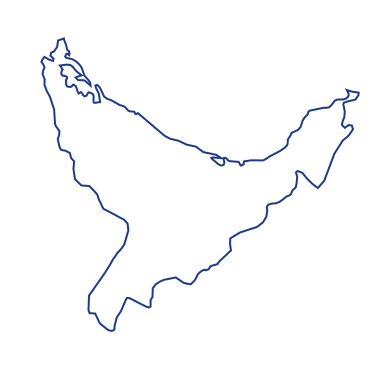 the Regional Council of Bay of Plenty, rotated 4°
{"feature_id": "NZL-3399", "entity_name": "Bay of Plenty", "entity_type": "Regional Council", "adm_level": 1, "iso_a3": "NZL", "parent_name": "New Zealand", "parent_adm1": "", "projection": "albers", "projection_center": [176.715, -38.184], "detail": "fine", "context": "isolated", "style": "outline", "palette": "blue", "viewbox_px": 384, "rotation_deg": 4, "n_neighbors": 0, "source": "natural_earth", "source_scale": "10m", "svg_char_len": 3746}
<svg xmlns="http://www.w3.org/2000/svg" viewBox="0 0 384 384"><g transform="rotate(4 192 192)"><path d="M53.5,47.8L53.9,49.4L56.5,54.9L57.1,57.5L57.5,58.7L59.5,60.3L60.1,61.7L60.0,64.1L59.3,63.7L58.3,62.7L57.1,63.0L56.0,65.7L57.3,66.9L63.0,67.8L65.4,68.8L67.9,70.3L70.3,72.3L72.2,74.3L73.7,76.6L75.9,81.9L77.1,84.0L81.1,87.8L82.8,90.0L83.4,93.0L78.3,89.1L76.7,88.2L74.5,88.1L72.4,88.4L70.3,88.1L67.9,85.9L69.4,85.1L73.8,83.4L68.8,80.0L66.5,77.8L64.5,75.6L61.8,73.8L58.1,73.7L51.5,75.0L52.4,76.1L53.7,78.0L54.4,78.7L53.9,79.7L53.5,81.0L53.3,82.3L53.5,83.6L54.5,84.9L55.3,85.1L56.0,84.8L56.4,84.8L57.2,85.3L58.7,85.6L59.2,85.9L59.5,86.9L59.2,88.0L58.6,88.9L58.4,89.6L59.1,93.5L59.3,94.4L60.0,95.2L60.7,95.6L63.2,95.7L64.3,95.3L65.1,94.4L65.6,93.5L66.1,93.1L68.6,94.4L69.7,96.5L70.6,99.1L72.0,101.7L74.1,100.1L75.5,101.2L76.7,103.0L78.2,104.1L80.2,103.1L80.9,101.3L81.8,99.8L84.5,100.3L86.4,101.5L87.2,103.1L87.3,105.2L87.3,108.2L88.0,109.8L89.8,109.7L92.0,109.1L94.1,108.8L92.1,100.2L89.0,95.0L88.2,92.5L90.1,91.8L92.8,94.2L97.8,103.1L101.3,105.1L105.1,106.1L113.6,110.2L117.6,111.1L119.2,111.9L122.6,115.2L124.4,115.9L128.6,115.9L129.2,116.6L129.8,117.8L130.8,118.3L132.5,117.1L160.4,137.6L166.1,140.3L174.9,141.8L183.3,145.1L192.8,146.5L200.5,151.4L213.5,153.2L218.7,156.2L210.5,156.1L209.0,156.6L209.8,157.7L216.2,162.3L218.0,163.2L220.1,163.5L221.8,162.6L222.2,160.5L221.6,158.0L220.6,156.2L223.0,155.6L224.3,156.4L225.5,157.7L227.3,158.6L236.4,158.7L236.7,159.0L238.3,161.7L239.1,162.3L239.7,162.0L240.3,161.4L241.2,161.1L241.7,160.6L241.6,159.3L241.6,158.0L242.6,157.5L244.2,157.4L248.3,156.3L260.9,155.5L264.2,153.4L266.8,151.2L277.6,144.5L281.9,140.9L283.4,139.0L284.0,137.4L284.0,132.9L286.4,128.6L286.8,126.8L287.7,125.8L293.6,122.6L295.8,119.5L297.4,113.1L299.0,110.0L301.2,107.5L302.1,106.0L302.5,103.9L303.5,102.7L317.5,98.8L320.4,98.6L322.9,97.9L324.8,95.9L328.2,90.9L330.3,89.7L336.6,89.1L339.2,88.0L341.1,86.0L341.6,84.3L341.0,82.3L339.3,79.5L344.9,80.8L351.3,81.2L351.2,84.1L348.4,88.5L340.3,91.0L337.2,92.4L336.8,94.5L337.5,96.1L338.8,101.2L338.7,107.0L337.4,110.6L336.8,114.6L340.0,117.3L343.6,114.3L346.9,114.6L348.2,118.3L344.2,125.0L338.8,130.1L331.4,143.8L323.1,171.6L317.3,179.2L311.4,175.4L305.9,170.7L300.7,165.2L295.9,163.7L294.3,165.2L295.9,169.4L295.7,176.2L295.1,180.2L292.1,183.4L291.4,185.6L290.6,187.7L288.6,189.1L286.5,189.9L283.3,193.1L279.9,195.8L276.2,197.5L272.4,198.0L268.8,199.4L267.6,202.1L268.4,205.4L267.8,211.7L264.9,217.3L259.6,222.2L242.8,229.0L233.4,235.6L233.6,241.4L234.9,247.6L224.7,258.7L223.4,260.3L222.4,262.2L215.8,264.6L213.9,267.9L211.2,269.2L210.2,268.6L208.5,269.2L205.7,271.3L203.4,273.9L202.4,276.7L201.3,279.1L199.5,281.6L197.2,284.1L193.6,283.9L189.8,283.1L181.8,278.4L170.0,281.6L166.5,283.5L162.5,286.4L159.6,290.6L159.9,299.5L159.0,301.2L158.2,303.0L158.7,308.8L158.1,309.8L157.1,310.2L154.7,309.7L147.0,306.5L141.3,304.0L136.9,302.2L134.5,302.2L133.5,304.2L132.6,306.8L129.5,315.7L125.7,322.4L124.1,330.9L124.2,334.5L123.1,335.6L121.3,336.2L118.4,335.7L116.1,334.3L109.2,329.5L103.9,320.0L98.3,320.0L97.0,317.0L96.5,302.5L110.9,278.6L113.6,273.4L115.6,269.7L117.9,264.5L119.7,261.9L121.7,258.2L125.4,253.7L128.2,248.8L131.2,234.8L129.9,227.9L126.2,224.4L105.0,215.0L103.4,212.8L102.0,210.0L99.6,206.0L97.7,201.2L94.5,198.0L92.4,196.1L89.1,193.2L81.2,193.2L74.4,187.4L72.1,177.2L72.3,169.7L69.1,166.6L67.4,161.6L62.8,159.6L60.4,159.4L58.2,158.9L56.6,156.0L54.4,148.5L55.5,144.5L55.5,140.5L51.6,135.7L50.6,133.5L48.7,119.3L43.7,107.0L40.1,101.4L37.3,95.2L37.2,89.9L34.8,85.1L35.1,81.0L36.2,78.1L34.6,74.9L32.7,72.7L33.8,69.9L35.4,67.5L39.6,69.7L44.2,71.0L44.6,68.7L41.3,65.9L41.8,62.8L44.4,61.6L47.3,56.8L47.9,50.2L53.5,47.8Z" fill="none" stroke="#1e3a8a" stroke-width="2"/></g></svg>